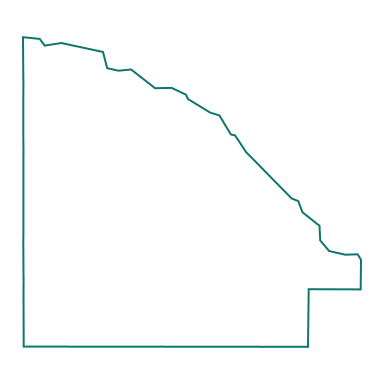 Lac qui Parle, Minnesota, United States of America (Mercator projection)
{"feature_id": "52423323B12319961540390", "entity_name": "Lac qui Parle", "entity_type": "district", "adm_level": 2, "iso_a3": "USA", "parent_name": "United States of America", "parent_adm1": "Minnesota", "projection": "mercator", "projection_center": [-96.201, 45.037], "detail": "fine", "context": "isolated", "style": "outline", "palette": "teal", "viewbox_px": 384, "rotation_deg": 0, "n_neighbors": 0, "source": "geoboundaries", "source_scale": "gbopen_adm2", "svg_char_len": 653}
<svg xmlns="http://www.w3.org/2000/svg" viewBox="0 0 384 384"><path d="M23.7,346.6L308.0,346.8L308.7,289.2L360.7,289.4L361.0,259.8L357.7,254.3L345.2,254.7L329.1,251.0L320.2,240.4L319.5,225.8L302.5,212.3L298.3,201.1L291.6,198.4L246.0,152.0L235.1,135.4L230.9,134.5L219.4,115.4L210.2,112.6L187.9,99.0L186.0,94.7L171.6,87.9L155.1,88.2L131.1,69.5L118.5,70.7L107.2,68.2L103.0,52.0L61.2,43.0L44.7,45.6L39.7,38.9L23.0,37.2L23.3,77.4L23.4,80.2L23.4,81.3L23.3,97.8L23.3,134.2L23.3,135.2L23.5,153.6L23.4,154.4L23.4,182.7L23.4,183.6L23.4,188.8L23.4,232.1L23.3,242.0L23.5,276.6L23.6,279.3L23.5,290.4L23.7,346.6Z" fill="none" stroke="#0f766e" stroke-width="2"/></svg>